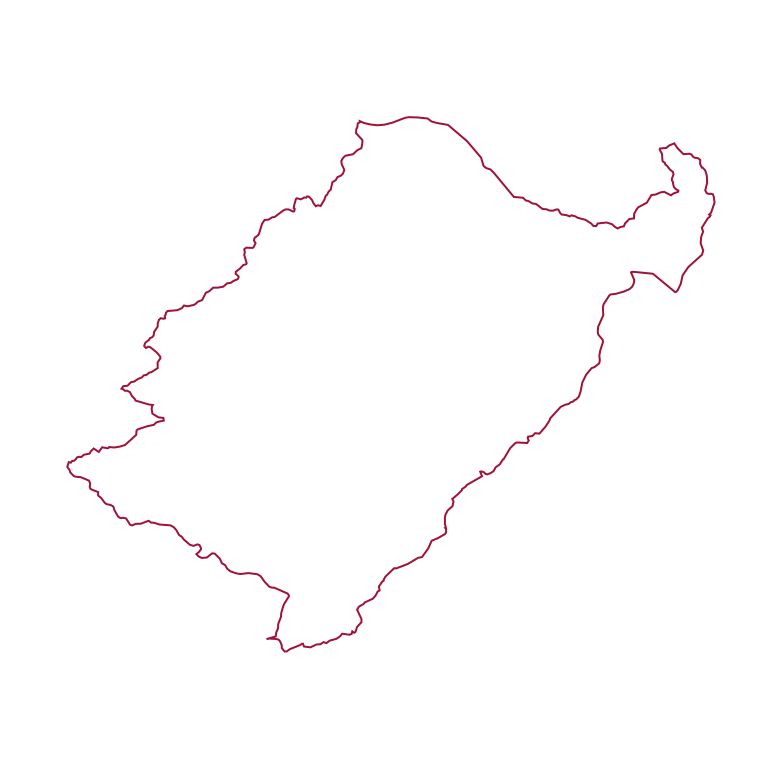 Kuantan Singingi, Riau, Indonesia, rotated 278°
{"feature_id": "22746128B8182037452639", "entity_name": "Kuantan Singingi", "entity_type": "district", "adm_level": 2, "iso_a3": "IDN", "parent_name": "Indonesia", "parent_adm1": "Riau", "projection": "albers", "projection_center": [101.542, -0.494], "detail": "fine", "context": "isolated", "style": "outline", "palette": "rose", "viewbox_px": 768, "rotation_deg": 278, "n_neighbors": 0, "source": "geoboundaries", "source_scale": "gbopen_adm2", "svg_char_len": 6151}
<svg xmlns="http://www.w3.org/2000/svg" viewBox="0 0 768 768"><g transform="rotate(278 384 384)"><path d="M599.1,684.0L609.6,686.1L615.7,684.4L617.7,683.2L617.9,681.0L617.4,679.4L617.9,677.1L620.3,675.2L628.4,676.0L635.5,674.6L640.3,672.3L642.7,669.3L642.5,668.7L644.1,667.5L646.2,666.3L649.9,666.0L651.3,663.6L651.3,660.2L651.9,658.6L654.1,656.5L654.5,654.2L653.3,648.5L658.5,641.7L662.7,638.0L659.9,633.2L657.0,630.6L655.8,625.3L655.6,624.6L654.6,624.3L650.5,627.3L644.2,628.6L643.0,629.3L642.3,631.2L640.5,632.1L639.4,634.0L636.2,637.2L634.2,640.6L631.9,641.5L627.2,640.5L625.8,640.7L623.8,642.3L622.7,642.3L619.4,643.7L617.9,645.3L616.5,648.6L615.3,648.6L612.9,644.0L610.8,641.9L613.3,634.7L612.3,631.3L609.5,626.8L608.3,622.5L600.2,619.1L594.3,611.1L591.5,609.6L587.2,608.0L582.8,608.5L581.5,604.0L576.5,600.3L573.5,599.6L572.4,596.3L570.5,593.7L571.8,590.7L574.0,587.4L574.9,581.8L572.7,573.3L569.9,572.2L569.6,569.4L571.8,566.8L574.6,560.7L575.6,552.3L576.6,550.5L577.1,546.1L575.8,544.6L576.6,541.2L576.6,536.2L577.8,534.7L580.9,532.4L581.0,530.8L579.2,527.3L578.9,525.2L578.9,523.2L579.6,520.9L579.4,516.6L583.5,509.4L583.4,505.9L585.3,501.5L585.5,498.8L587.8,495.7L587.3,486.6L608.3,463.5L611.3,459.5L612.0,455.4L613.7,452.3L621.6,448.7L636.0,432.5L649.5,411.3L649.8,400.3L650.6,394.4L653.0,390.3L652.6,379.8L651.7,371.5L650.6,368.0L643.8,355.6L640.8,348.2L639.3,341.4L639.1,334.3L639.7,327.7L641.0,323.4L639.9,323.7L638.5,321.8L634.3,321.8L632.6,321.1L628.5,321.4L622.6,328.6L621.1,329.0L614.4,328.8L611.9,325.1L607.2,321.3L605.0,314.9L604.0,313.3L601.6,311.7L598.9,310.7L596.0,311.4L590.5,314.9L586.7,314.1L584.4,312.4L582.4,309.1L579.2,307.9L576.7,304.8L569.2,304.2L566.6,302.3L563.5,301.3L562.3,300.1L558.2,299.3L551.5,296.5L551.8,293.8L550.5,291.7L553.2,289.0L556.2,287.1L559.1,283.6L559.0,281.7L557.7,281.0L557.6,279.0L555.3,276.0L555.8,271.9L555.1,271.1L548.8,270.2L545.6,270.1L544.8,271.3L542.5,271.0L542.1,270.0L543.6,265.3L543.2,262.2L542.0,260.3L534.2,252.5L533.4,249.9L530.7,246.8L529.8,242.9L525.6,240.9L515.2,239.3L513.5,238.4L511.0,235.8L509.7,235.3L508.1,235.2L505.6,237.2L501.7,236.0L500.5,235.1L499.8,228.6L497.9,226.8L495.2,227.9L492.4,227.6L484.6,231.2L483.5,230.9L482.1,228.0L478.0,225.1L474.5,221.6L472.5,221.7L470.5,224.9L469.2,225.2L467.5,224.6L465.2,220.7L463.0,218.4L461.8,214.6L458.0,211.3L456.2,205.7L455.6,201.4L451.4,197.9L449.6,194.9L441.8,192.2L439.6,188.2L436.9,186.1L435.7,184.3L433.6,178.7L433.9,175.0L431.0,173.3L428.3,169.0L426.1,159.4L424.2,158.2L422.6,158.2L420.6,157.4L418.6,158.1L417.9,156.6L418.1,153.8L416.3,152.2L412.6,151.5L409.4,151.9L403.5,149.1L399.9,149.1L398.3,148.1L396.6,145.7L395.1,145.2L392.0,142.2L390.5,141.5L388.1,141.3L386.5,143.3L388.1,145.2L388.0,147.3L383.6,154.6L380.0,158.6L378.3,159.0L373.9,156.8L368.3,157.7L363.4,152.1L362.5,149.8L360.1,147.7L359.0,144.8L356.9,143.4L354.7,139.6L351.6,136.2L350.5,133.1L346.6,130.3L345.6,126.2L342.8,124.7L342.6,126.1L341.2,128.5L341.6,130.6L340.6,133.5L337.0,136.1L334.5,139.3L333.0,140.3L331.0,153.8L331.0,158.0L329.9,157.4L326.9,157.4L322.4,158.8L319.6,165.2L319.7,170.2L317.1,171.0L315.0,165.1L313.7,163.3L311.6,161.9L309.2,155.4L304.9,146.6L303.5,145.4L299.1,145.7L287.5,136.0L285.2,131.0L283.6,125.8L283.3,120.6L282.2,120.0L281.9,119.2L282.1,113.7L277.0,111.0L279.7,105.5L276.6,103.1L274.1,102.2L272.2,96.7L269.5,94.4L269.6,92.8L268.7,90.3L266.5,89.2L264.8,87.6L264.2,85.7L262.5,84.8L262.8,82.7L257.8,81.9L255.0,84.6L252.9,85.5L249.8,89.5L249.3,91.6L249.5,96.8L247.3,105.2L244.6,106.9L241.1,106.9L239.5,107.7L238.8,109.1L237.2,116.0L234.6,116.2L233.5,116.8L231.9,119.6L227.4,124.1L226.4,126.1L226.2,130.0L225.0,133.0L221.7,134.5L215.7,139.1L214.5,141.7L215.2,144.1L215.0,147.3L209.3,152.2L208.9,154.1L211.0,157.8L211.8,162.6L215.8,169.9L214.3,172.8L214.6,175.3L213.6,181.3L214.3,192.2L213.0,195.6L210.6,198.5L205.9,202.2L204.6,204.9L202.0,207.6L197.8,214.1L197.2,218.0L199.2,221.5L198.9,223.6L196.0,225.7L195.0,225.8L192.2,224.3L189.4,221.9L187.2,224.9L186.4,227.9L187.5,232.7L192.4,237.4L192.5,240.0L188.1,245.8L183.9,248.4L182.6,251.8L179.3,254.4L177.2,257.8L176.0,263.5L175.8,268.1L177.9,276.1L178.0,285.1L176.5,288.6L171.5,293.3L167.3,298.6L166.8,301.1L167.0,303.7L163.1,317.7L161.3,319.3L160.5,319.4L152.0,315.6L148.5,314.9L142.7,314.1L139.1,314.4L131.5,312.6L127.4,313.1L122.9,311.9L119.0,311.9L115.0,303.1L115.9,305.7L116.5,312.5L116.2,315.2L114.7,316.9L111.2,319.0L108.2,319.6L105.3,322.8L105.6,324.9L108.2,327.5L113.8,337.2L115.9,339.6L116.3,339.4L112.9,341.3L113.0,347.8L116.7,353.5L117.4,357.2L120.0,360.1L119.4,363.1L122.3,365.9L124.9,372.1L128.1,375.7L130.9,377.3L130.9,384.8L132.2,386.8L134.6,387.0L133.5,389.0L134.4,390.2L139.8,391.2L144.9,394.8L148.1,394.4L156.7,388.8L160.0,390.1L163.3,394.4L165.0,395.3L169.8,402.8L173.1,405.0L177.5,406.6L179.0,408.4L182.8,407.1L188.6,410.1L189.1,411.0L190.5,411.0L193.4,412.2L203.0,419.7L203.1,421.8L209.1,432.6L216.6,441.9L217.9,445.7L227.3,450.7L235.4,453.0L238.9,458.9L243.9,465.3L245.9,466.1L249.1,465.7L250.0,464.6L250.4,465.2L253.9,463.8L260.2,462.9L263.3,463.1L267.7,464.7L272.5,468.8L277.3,469.2L279.6,467.6L285.5,472.8L289.7,475.9L290.8,475.9L293.6,479.0L295.5,480.0L306.3,493.9L310.5,491.5L311.0,492.5L310.5,495.3L308.9,497.3L308.9,498.7L310.3,501.5L312.8,504.5L317.1,506.2L320.5,509.8L325.9,512.3L326.1,512.9L337.9,517.8L343.6,522.1L344.6,523.7L345.5,534.0L348.2,535.2L350.2,533.9L351.9,534.0L353.1,538.1L356.3,540.5L356.5,544.8L364.1,549.8L370.9,553.0L373.0,553.3L385.9,562.1L388.7,566.4L389.9,569.6L391.8,571.3L392.9,573.6L394.7,575.0L395.4,576.4L398.5,578.7L403.8,579.7L413.1,580.2L421.4,582.9L428.6,587.4L430.2,590.3L434.5,594.3L437.4,594.4L442.2,593.3L447.4,593.5L456.0,595.0L458.1,594.5L462.9,589.2L465.4,588.4L470.5,588.1L482.7,591.6L490.0,590.1L493.4,590.3L503.1,594.8L504.2,595.9L505.5,600.9L508.9,608.6L512.1,613.9L515.0,616.3L518.2,617.3L521.7,617.4L528.9,613.1L529.3,613.4L529.8,615.3L530.6,635.0L515.5,659.5L516.0,660.6L517.8,661.8L524.3,663.9L533.2,664.6L542.2,669.1L556.4,681.0L560.7,681.5L567.4,678.0L573.7,677.6L579.3,678.8L582.9,677.0L593.0,681.5L595.1,683.4L596.5,683.9L597.0,682.4L599.1,684.0Z" fill="none" stroke="#9f1239" stroke-width="2"/></g></svg>